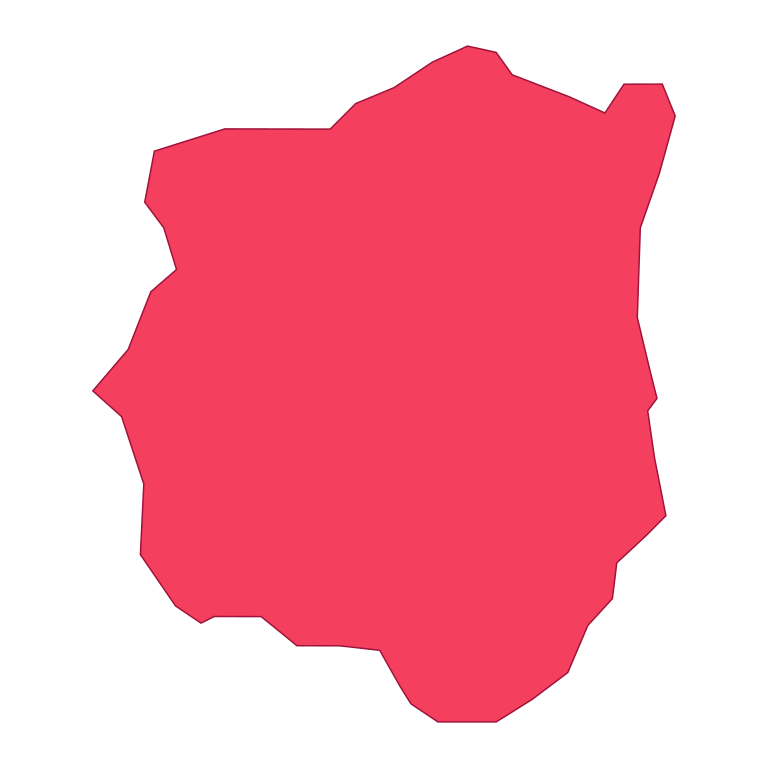 Tidaholm, Västra Götaland, Sweden
{"feature_id": "70781695B48750252514095", "entity_name": "Tidaholm", "entity_type": "district", "adm_level": 2, "iso_a3": "SWE", "parent_name": "Sweden", "parent_adm1": "Västra Götaland", "projection": "albers", "projection_center": [13.988, 58.167], "detail": "fine", "context": "isolated", "style": "filled", "palette": "rose", "viewbox_px": 768, "rotation_deg": 0, "n_neighbors": 0, "source": "geoboundaries", "source_scale": "gbopen_adm2", "svg_char_len": 735}
<svg xmlns="http://www.w3.org/2000/svg" viewBox="0 0 768 768"><path d="M409.8,702.0L411.1,704.0L437.9,721.9L496.2,721.9L532.0,699.5L567.8,672.5L587.8,625.5L612.4,598.6L616.8,562.8L645.8,535.9L665.9,515.7L654.5,457.7L647.7,410.8L657.0,398.4L650.3,371.9L637.3,317.5L640.3,227.9L659.3,173.5L675.2,116.0L662.3,84.1L624.0,84.2L604.9,113.0L569.7,97.0L512.2,74.8L496.2,52.4L467.5,46.1L432.4,62.1L394.1,87.6L355.8,103.5L343.6,115.7L330.2,129.1L224.8,128.9L154.4,151.1L144.7,202.2L163.8,227.8L176.5,269.5L150.8,291.8L128.2,349.4L92.8,390.9L121.6,416.6L143.8,484.0L140.4,554.6L175.6,606.0L201.0,623.1L214.2,616.5L261.2,616.6L296.9,645.7L339.5,645.8L379.7,650.3L399.9,686.1L409.8,702.0Z" fill="#f43f5e" stroke="#9f1239" stroke-width="1.5"/></svg>